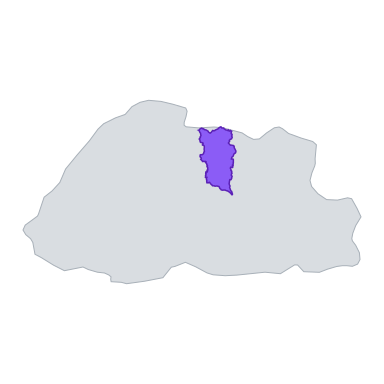 location of Chhoekhor, Bumthang, Bhutan
{"feature_id": "84629894B98599067496491", "entity_name": "Chhoekhor", "entity_type": "district", "adm_level": 2, "iso_a3": "BTN", "parent_name": "Bhutan", "parent_adm1": "Bumthang", "projection": "mercator", "projection_center": [90.666, 27.781], "detail": "fine", "context": "in_parent", "style": "filled", "palette": "violet", "viewbox_px": 384, "rotation_deg": 0, "n_neighbors": 0, "source": "geoboundaries", "source_scale": "gbopen_adm2", "svg_char_len": 6917}
<svg xmlns="http://www.w3.org/2000/svg" viewBox="0 0 384 384"><path d="M315.3,163.4L314.7,166.0L311.9,172.9L310.0,180.4L311.6,186.5L318.0,193.8L326.6,199.6L337.5,200.1L347.6,197.8L351.6,198.7L357.1,208.5L361.0,216.9L355.7,225.6L352.8,233.2L351.8,238.6L352.4,240.9L355.7,245.3L359.4,252.7L360.0,259.5L357.6,264.1L352.4,266.3L346.9,265.7L342.3,265.7L336.6,266.5L327.7,269.1L319.4,272.3L303.8,271.7L297.6,265.0L294.6,264.9L280.4,273.7L265.0,272.2L236.9,275.1L225.2,275.7L213.1,274.8L207.0,272.9L195.7,266.8L185.4,262.3L175.0,266.4L171.3,267.2L162.9,277.7L144.7,281.2L126.6,283.7L121.3,282.3L111.1,281.7L110.7,279.2L111.0,276.8L108.7,274.9L104.5,273.0L97.4,272.2L88.2,269.5L83.0,267.0L64.4,270.7L53.6,265.2L41.3,257.6L35.0,254.3L32.8,242.4L30.6,238.7L25.8,234.7L23.0,230.0L25.2,225.1L37.5,216.1L38.5,214.0L44.1,197.2L52.0,191.0L59.8,182.5L65.6,169.0L77.0,155.1L89.4,140.8L98.0,129.1L103.7,123.7L115.4,117.9L125.2,114.4L132.0,106.6L140.1,102.3L148.6,100.3L161.0,101.4L172.8,104.2L185.7,108.0L187.1,111.2L186.0,116.7L184.2,122.3L184.1,125.2L186.1,126.8L198.7,127.9L214.1,127.0L222.8,127.8L242.1,132.9L247.7,136.6L253.6,139.4L259.4,138.9L266.6,132.9L274.3,127.8L279.1,127.0L282.5,128.7L288.6,133.5L301.3,138.1L312.7,141.5L316.4,144.8L315.1,158.7L315.3,163.4Z" fill="#d9dde1" stroke="#a8b0b8" stroke-width="1"/><path d="M198.6,130.2L198.8,130.3L199.2,130.6L199.4,131.0L199.4,131.4L199.8,132.1L200.1,132.7L200.4,133.0L200.6,133.2L200.6,134.0L200.8,134.9L201.0,135.3L200.4,136.8L200.1,137.0L200.1,137.3L200.3,137.6L200.1,137.8L200.0,138.0L199.2,139.0L199.3,139.3L200.0,140.1L200.0,140.4L199.9,140.9L200.2,141.3L200.2,141.8L200.4,142.1L200.5,142.4L201.1,142.5L201.6,142.5L202.0,142.7L202.3,142.7L202.5,142.7L203.0,143.0L203.1,143.8L202.5,144.2L202.4,145.0L202.5,145.1L203.5,145.3L203.8,145.6L204.1,145.8L204.3,146.3L204.3,147.5L204.1,149.2L204.3,150.3L204.3,150.7L204.4,151.4L204.4,151.6L204.0,151.9L203.8,152.4L203.7,153.2L203.4,153.7L202.8,154.3L202.2,154.7L201.7,154.7L200.5,154.7L200.3,154.8L200.3,155.1L200.2,155.2L200.3,155.6L200.1,155.9L200.2,156.0L200.2,156.4L200.3,156.6L200.2,156.7L200.3,156.8L200.3,157.1L201.0,157.6L201.2,157.9L201.3,158.1L201.3,158.4L201.2,158.8L200.7,159.3L201.3,160.0L201.5,160.2L201.8,160.4L202.3,161.0L202.5,161.5L202.8,161.6L203.0,161.6L203.5,161.3L204.0,161.3L204.8,161.5L205.5,161.4L206.1,161.8L206.1,162.1L205.8,162.3L205.6,162.5L205.8,162.7L206.0,163.0L206.3,163.4L206.6,163.7L206.9,164.2L206.8,164.5L206.8,164.8L207.2,165.2L207.2,165.5L207.5,165.9L207.3,166.2L207.0,166.3L207.0,166.6L207.0,166.8L207.3,167.0L207.6,167.3L207.8,168.1L207.7,168.6L207.7,169.1L207.8,169.6L207.5,169.6L207.4,169.8L207.0,170.3L207.1,170.8L207.5,171.0L207.3,171.9L207.0,172.0L206.7,171.9L206.2,171.8L206.1,172.1L205.8,172.2L205.8,172.3L205.8,172.9L206.0,173.1L205.7,173.4L205.7,173.7L205.9,174.0L206.0,174.1L205.9,174.3L205.8,174.7L205.6,175.1L205.5,175.4L205.9,175.9L205.6,176.6L205.3,177.1L205.5,177.4L205.7,177.5L206.3,177.5L206.8,177.5L206.4,178.3L206.4,178.6L206.4,178.9L206.6,179.2L206.6,179.4L206.5,179.6L206.5,179.8L206.7,180.0L206.7,180.3L206.8,180.5L206.7,181.4L206.7,181.6L206.9,182.1L206.8,182.4L206.9,182.8L207.0,182.8L207.4,182.6L207.6,182.6L208.0,182.9L208.3,182.8L208.5,182.8L208.8,182.5L209.1,182.5L209.4,182.3L209.6,182.4L209.6,182.5L209.9,182.8L210.2,183.3L210.3,183.5L210.5,183.8L210.9,184.0L211.1,184.3L211.5,184.7L211.6,184.8L211.9,185.0L212.3,185.3L212.3,185.5L212.6,185.8L213.9,185.8L214.1,185.8L214.5,185.9L214.6,186.0L214.9,186.2L215.0,186.2L215.8,186.1L216.0,186.1L216.5,186.0L217.0,186.0L217.3,186.1L217.8,186.2L218.2,186.3L218.3,186.4L219.0,186.5L219.3,187.0L219.4,187.4L219.6,187.7L219.8,188.3L220.1,188.7L220.7,189.1L221.0,189.5L221.2,189.9L222.7,190.2L223.9,190.0L224.9,190.1L225.2,190.1L226.4,190.7L227.0,190.8L227.4,190.9L227.6,190.9L228.1,191.3L228.3,191.4L228.8,191.8L229.2,191.9L229.5,192.1L230.1,192.8L230.3,192.8L230.5,192.9L230.7,193.3L231.2,193.7L231.4,193.9L231.4,194.3L232.0,194.8L232.4,194.5L232.3,194.2L232.4,193.7L232.0,193.1L232.1,192.9L231.8,192.7L231.8,192.3L231.6,191.7L231.7,191.4L230.8,190.7L230.5,190.2L230.4,189.4L230.3,189.2L230.2,189.0L229.8,188.0L229.7,187.7L229.6,187.4L229.8,186.8L229.9,186.6L230.0,186.0L230.0,185.9L229.3,184.6L229.3,184.4L229.3,183.9L229.2,183.7L229.1,183.4L229.2,183.1L229.3,182.5L229.4,182.3L229.3,182.0L229.7,180.6L229.6,180.2L229.7,179.9L229.8,179.6L230.6,179.6L230.9,179.7L231.1,179.5L231.6,178.6L231.7,178.2L231.7,177.8L231.7,177.6L231.7,177.3L232.0,176.9L232.1,176.5L232.0,176.3L231.8,175.9L231.7,175.5L231.4,175.4L231.4,174.1L231.5,173.9L232.0,173.3L232.0,173.0L231.6,172.4L231.6,172.0L231.7,171.6L231.8,171.3L231.7,171.1L231.3,170.9L231.3,170.6L230.9,170.3L231.0,170.0L230.9,169.3L230.9,169.0L230.5,168.5L230.3,168.2L230.6,167.3L230.8,167.3L231.3,167.1L232.6,167.5L232.7,167.3L232.7,167.1L232.7,166.9L232.7,166.4L232.8,166.2L233.0,165.9L233.1,165.6L232.5,165.2L232.4,165.1L232.6,164.9L232.8,164.8L232.9,164.7L233.2,164.2L233.3,163.8L233.1,163.2L233.1,162.9L233.4,162.4L233.4,162.0L233.3,161.1L233.4,160.3L233.3,159.3L232.9,159.1L231.4,159.0L231.5,158.4L231.9,157.2L232.5,156.7L232.9,156.5L233.2,156.0L233.8,154.3L233.8,154.2L234.0,154.0L234.4,153.6L235.4,153.0L235.4,152.6L235.9,152.0L235.9,151.8L235.8,150.8L235.4,150.0L234.9,148.9L234.4,148.2L234.3,147.6L234.1,147.1L234.0,146.9L234.0,146.6L234.2,146.4L234.2,146.2L233.6,145.8L233.2,145.4L232.6,145.4L231.9,145.2L231.0,145.1L230.5,145.2L230.4,145.1L230.1,144.9L229.5,144.2L228.7,143.4L228.4,143.1L228.4,142.9L228.5,142.7L229.4,141.7L229.5,141.5L229.6,141.2L229.3,140.6L229.3,140.3L229.9,139.8L230.1,139.4L230.5,139.3L231.0,139.0L231.5,138.9L231.9,138.0L232.1,137.6L232.2,137.4L232.2,137.1L231.9,136.5L231.7,136.2L231.7,135.9L231.9,135.6L232.0,135.2L232.1,134.6L232.0,134.2L231.4,133.9L231.3,133.7L231.2,133.4L231.2,133.1L231.3,132.7L231.3,131.9L231.5,131.6L231.7,131.4L231.7,131.2L230.3,130.4L230.2,130.6L230.1,130.9L229.9,131.0L229.4,131.1L229.1,131.0L228.9,130.7L228.7,130.5L228.7,130.3L228.5,130.0L228.2,130.4L228.1,130.5L227.9,130.6L227.7,130.5L227.4,130.1L227.2,130.0L226.4,130.1L226.0,130.0L225.8,129.9L225.2,129.6L225.0,129.3L224.1,128.8L223.9,128.4L223.8,128.2L223.7,128.0L222.9,128.0L222.6,128.0L222.2,128.0L221.7,127.9L221.2,127.3L221.2,127.0L221.0,126.9L220.5,126.9L220.1,127.1L219.6,127.4L219.1,127.7L218.6,128.2L218.4,128.3L218.2,128.5L217.9,129.0L217.7,129.1L217.3,129.2L216.9,129.3L216.5,129.5L216.2,129.6L215.6,129.9L214.9,130.5L214.4,130.5L213.9,130.9L213.6,130.7L213.0,130.6L212.9,130.5L212.6,130.5L212.4,130.9L212.0,131.3L211.1,132.5L210.7,132.7L210.2,133.1L209.9,132.9L209.6,132.9L209.4,132.7L208.8,132.3L208.5,132.1L208.2,131.2L207.7,131.0L206.9,130.4L205.9,129.9L205.7,129.9L204.6,129.7L204.2,129.5L204.0,129.1L203.7,128.9L203.3,128.7L203.1,128.8L202.6,128.5L202.4,128.6L202.0,128.3L201.6,128.1L201.3,128.3L201.1,128.4L200.3,128.6L200.0,128.9L199.7,129.4L199.2,129.9L198.9,130.1L198.6,130.2Z" fill="#8b5cf6" stroke="#5b21b6" stroke-width="1.5"/></svg>